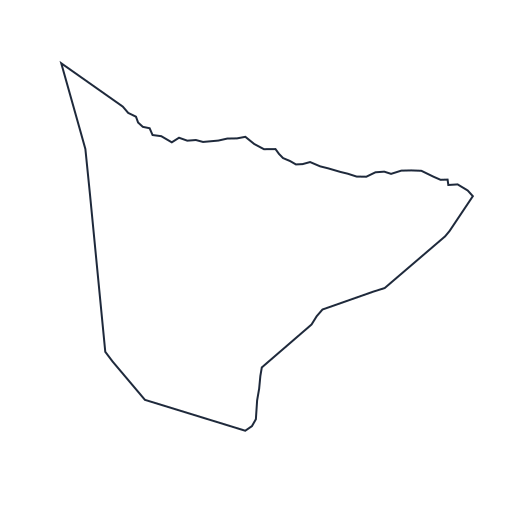 outline of Umarizal, Rio Grande do Norte, Brazil, rotated 275°
{"feature_id": "56859067B79675965708258", "entity_name": "Umarizal", "entity_type": "district", "adm_level": 2, "iso_a3": "BRA", "parent_name": "Brazil", "parent_adm1": "Rio Grande do Norte", "projection": "equal_earth", "projection_center": [-37.803, -6.001], "detail": "fine", "context": "isolated", "style": "outline", "palette": "slate", "viewbox_px": 512, "rotation_deg": 275, "n_neighbors": 0, "source": "geoboundaries", "source_scale": "gbopen_adm2", "svg_char_len": 963}
<svg xmlns="http://www.w3.org/2000/svg" viewBox="0 0 512 512"><g transform="rotate(275 256 256)"><path d="M355.3,413.3L354.8,403.3L353.7,393.3L349.6,383.4L351.2,376.4L349.8,367.7L344.6,359.0L343.9,349.3L346.0,340.1L347.1,332.8L349.6,320.3L350.9,312.1L354.3,301.7L351.6,294.4L350.7,287.8L353.5,281.8L355.9,274.4L359.7,270.0L364.2,266.1L363.1,254.6L367.4,244.5L373.8,235.0L371.5,226.8L370.5,217.2L367.7,208.4L365.0,193.3L366.3,186.0L364.9,177.5L367.1,169.0L361.9,162.2L367.1,151.2L367.5,142.4L374.0,138.9L374.8,132.0L378.7,126.9L384.3,124.3L387.4,116.2L393.2,110.3L431.0,45.2L364.7,70.3L347.7,76.7L303.1,85.2L147.4,114.2L138.3,122.4L103.0,157.9L81.0,260.5L86.2,266.8L93.4,270.1L112.3,269.7L124.1,270.7L136.9,270.8L145.5,271.5L192.6,317.3L201.3,321.7L208.5,326.9L230.7,375.9L235.3,387.0L292.1,442.7L297.7,446.6L334.5,466.8L339.7,461.2L344.9,450.6L343.5,441.4L348.8,440.2L348.0,433.2L350.5,425.8L355.3,413.3Z" fill="none" stroke="#1e293b" stroke-width="2"/></g></svg>